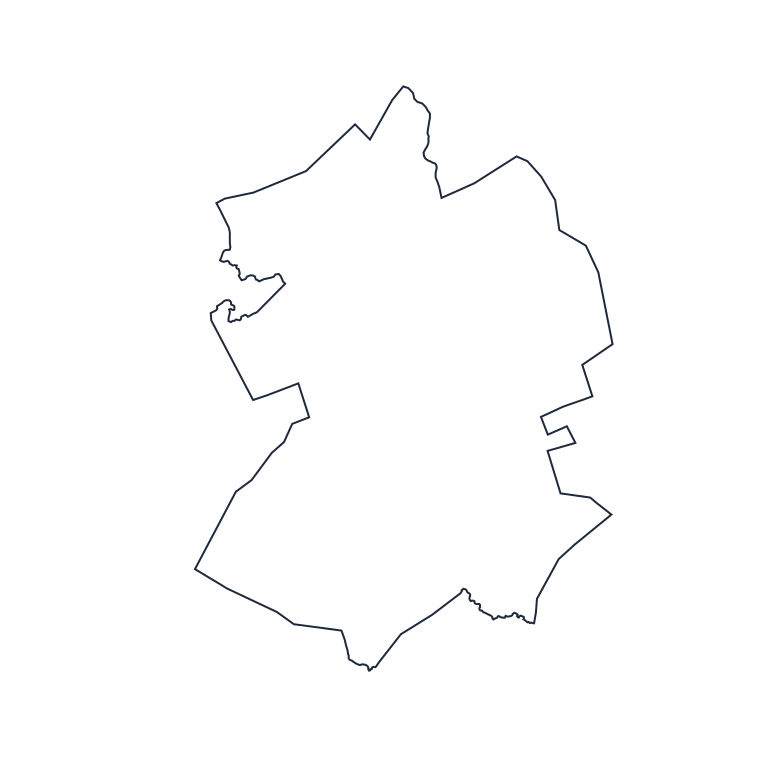 outline of Birnin Kebbi, Kebbi, Nigeria, rotated 251°
{"feature_id": "59680162B77130024076735", "entity_name": "Birnin Kebbi", "entity_type": "district", "adm_level": 2, "iso_a3": "NGA", "parent_name": "Nigeria", "parent_adm1": "Kebbi", "projection": "natural_earth1", "projection_center": [4.241, 12.49], "detail": "fine", "context": "isolated", "style": "outline", "palette": "slate", "viewbox_px": 768, "rotation_deg": 251, "n_neighbors": 0, "source": "geoboundaries", "source_scale": "gbopen_adm2", "svg_char_len": 3718}
<svg xmlns="http://www.w3.org/2000/svg" viewBox="0 0 768 768"><g transform="rotate(251 384 384)"><path d="M643.8,505.5L649.7,506.2L655.9,503.3L659.1,499.1L649.8,484.2L619.7,450.3L638.9,441.2L610.7,379.6L607.5,322.8L608.6,314.0L611.1,293.9L609.6,284.4L600.9,285.8L588.8,287.3L582.9,288.1L579.5,287.9L576.5,287.3L573.0,286.0L566.6,283.9L563.4,283.3L561.1,281.8L561.9,279.2L562.2,278.3L562.0,276.2L560.8,274.5L557.3,271.9L554.3,269.2L553.0,270.4L551.6,272.3L551.6,274.2L551.3,276.2L549.5,277.4L548.0,277.3L546.8,278.4L545.2,279.6L545.0,281.5L544.4,282.5L543.9,283.4L543.1,282.7L541.9,282.3L540.5,283.0L540.0,284.0L537.1,283.8L535.1,283.5L533.9,282.0L532.5,282.1L530.1,282.7L528.4,283.2L528.3,284.5L528.4,287.3L530.1,289.4L530.2,291.5L530.2,293.2L529.4,295.3L527.5,297.0L526.0,296.8L524.4,297.0L523.5,298.3L521.7,299.3L522.2,304.6L521.4,311.0L521.3,314.7L522.9,317.0L522.3,320.3L519.7,321.4L516.9,321.7L513.6,321.9L511.0,323.2L493.2,287.2L493.0,283.1L492.2,279.3L491.9,277.2L493.8,276.3L494.6,274.9L494.1,271.0L491.8,269.7L491.2,268.3L493.2,265.1L492.4,263.0L493.0,261.3L492.3,259.5L494.0,257.5L496.5,258.3L499.0,259.8L501.2,261.3L502.9,261.8L504.9,261.8L504.9,263.5L503.3,264.9L502.9,266.5L504.4,267.3L506.5,267.8L507.5,266.9L509.0,265.3L511.1,266.0L513.4,265.1L514.7,262.0L514.4,259.3L513.4,257.5L512.6,254.3L511.9,251.4L509.3,250.7L508.4,249.5L507.8,245.8L507.5,243.3L500.4,241.4L411.5,255.0L411.4,269.9L412.5,303.2L376.9,302.4L376.2,284.3L361.7,270.6L355.4,255.4L336.3,227.6L330.4,208.9L270.5,145.0L241.8,169.0L224.5,186.7L203.3,208.5L186.2,220.6L164.7,263.5L154.8,263.6L149.2,263.0L144.2,262.8L139.9,262.1L138.7,262.2L136.4,261.3L134.5,261.7L132.8,263.6L131.3,264.6L128.3,267.0L126.0,269.8L126.1,272.1L124.5,275.2L122.6,276.6L121.3,276.8L119.3,276.3L117.9,276.5L117.8,277.7L118.6,278.1L118.7,279.9L119.8,280.4L120.0,282.0L119.1,283.5L119.5,284.7L121.1,286.6L122.7,288.9L141.9,318.5L150.1,354.4L161.2,388.0L161.5,388.5L162.8,390.1L163.7,390.2L163.9,391.2L164.6,392.3L163.9,393.4L163.0,394.5L161.7,394.9L160.5,394.9L159.5,395.3L158.6,396.2L157.4,396.9L156.3,396.8L155.2,396.0L153.8,395.1L152.1,394.8L150.5,395.3L150.5,396.5L150.3,397.5L149.1,398.8L147.5,398.4L146.3,399.1L145.7,400.1L145.3,401.4L144.9,402.5L143.9,402.9L142.9,402.5L141.8,402.3L141.2,401.4L140.6,401.0L139.5,400.9L138.4,401.5L138.0,402.7L137.1,403.2L135.8,403.6L134.7,405.2L132.0,407.7L129.9,409.9L127.9,410.6L126.7,410.2L125.7,410.9L126.0,412.1L126.2,413.3L126.1,414.7L126.8,415.5L127.4,416.3L126.7,417.6L125.7,418.1L125.1,418.9L124.2,420.8L123.7,422.1L124.5,422.8L125.2,423.6L124.1,424.7L123.5,426.2L123.4,427.4L123.3,428.9L123.7,430.0L124.7,431.0L125.3,432.7L124.0,434.2L122.5,435.3L121.9,434.9L121.3,434.3L120.1,434.5L119.3,435.4L120.0,435.9L120.3,436.5L120.5,437.7L119.0,439.5L118.2,440.3L117.5,440.1L116.3,439.8L116.0,439.3L115.5,439.8L114.6,440.6L113.8,440.9L113.1,441.5L112.5,441.7L111.9,442.2L111.8,443.4L110.5,444.1L110.4,445.7L109.6,446.4L108.9,448.0L118.6,453.3L131.1,458.7L161.6,492.2L170.1,512.0L186.5,556.5L201.5,546.8L209.5,542.0L223.1,515.3L267.5,516.9L266.0,545.8L284.5,543.1L282.8,522.4L301.8,521.7L303.7,540.7L304.2,545.1L304.3,551.6L304.3,557.7L304.4,571.5L304.5,577.0L337.5,577.7L347.3,613.1L419.9,623.0L449.1,619.9L472.5,599.9L502.2,605.7L528.8,600.2L547.9,592.2L556.0,583.5L549.4,555.6L544.4,534.8L541.2,499.0L546.0,499.6L551.6,500.3L558.2,500.4L562.3,500.0L566.8,501.5L571.5,504.4L574.5,504.6L576.0,504.0L577.4,502.1L579.6,500.1L581.0,498.4L583.8,496.5L586.4,496.0L590.0,496.8L592.7,499.7L594.6,502.2L597.7,504.6L599.9,505.4L601.8,505.9L603.4,506.9L606.8,506.7L610.2,508.3L616.1,511.5L620.8,514.1L624.7,515.5L628.5,514.3L632.2,513.7L636.8,511.5L639.8,507.5L643.8,505.5Z" fill="none" stroke="#1e293b" stroke-width="2"/></g></svg>